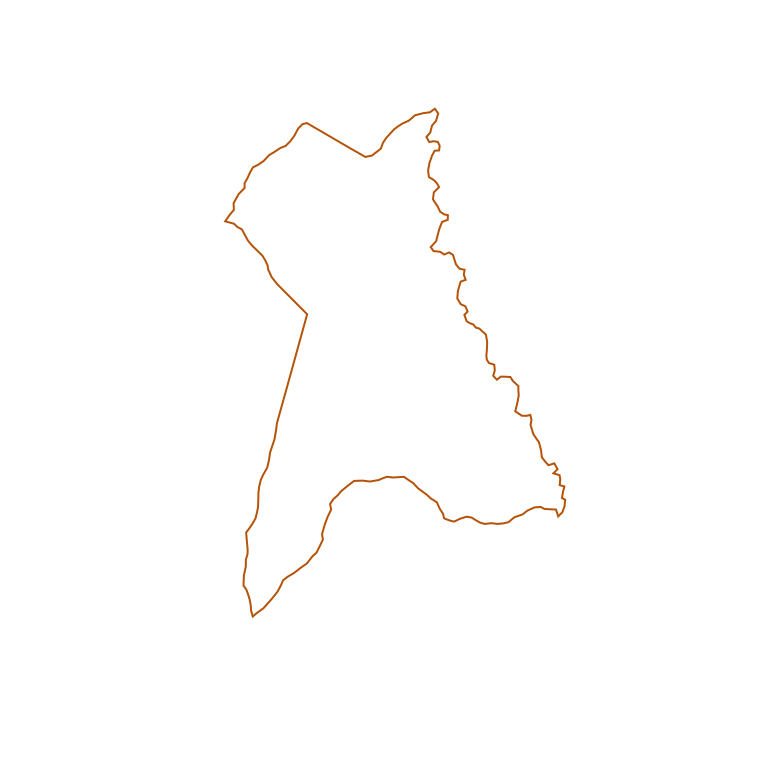 Jaguapitã, Paraná, Brazil, rotated 208°
{"feature_id": "56859067B47471443694247", "entity_name": "Jaguapitã", "entity_type": "district", "adm_level": 2, "iso_a3": "BRA", "parent_name": "Brazil", "parent_adm1": "Paraná", "projection": "equal_earth", "projection_center": [-51.575, -23.05], "detail": "fine", "context": "isolated", "style": "outline", "palette": "amber", "viewbox_px": 768, "rotation_deg": 208, "n_neighbors": 0, "source": "geoboundaries", "source_scale": "gbopen_adm2", "svg_char_len": 3070}
<svg xmlns="http://www.w3.org/2000/svg" viewBox="0 0 768 768"><g transform="rotate(208 384 384)"><path d="M360.8,514.3L364.8,517.9L366.5,522.7L371.4,521.2L376.7,523.5L380.1,526.8L383.8,530.4L388.3,530.7L391.6,526.6L396.5,527.1L402.7,524.6L407.0,526.8L405.0,534.6L406.7,541.5L408.0,547.2L408.8,554.4L404.8,558.9L406.9,563.1L410.5,562.0L415.3,562.5L419.9,565.9L427.4,570.0L430.0,576.6L427.8,583.7L431.4,586.0L435.4,587.4L441.5,587.8L445.3,593.2L447.6,600.4L448.8,608.1L448.8,613.7L445.0,616.1L446.7,620.5L450.1,623.0L454.1,621.7L457.7,618.9L462.5,622.0L461.2,627.6L462.9,634.8L461.6,640.7L463.1,648.3L468.3,650.9L471.1,645.4L476.2,641.8L479.1,639.2L482.8,635.8L485.7,628.2L490.1,622.5L492.6,617.9L494.6,613.8L496.5,606.6L497.7,601.5L498.1,596.1L497.3,590.2L501.9,580.0L507.1,575.7L528.2,576.4L574.6,578.2L578.0,575.1L579.7,569.2L579.7,561.0L580.7,554.3L582.6,548.1L586.4,543.6L589.6,537.6L592.8,532.3L595.1,524.1L598.1,518.4L601.4,513.8L601.6,508.1L601.2,501.3L601.4,495.9L599.1,491.5L601.5,483.6L601.7,473.1L598.3,467.2L599.7,460.5L600.6,453.1L591.6,455.1L587.2,453.8L582.1,453.8L577.1,450.5L571.7,446.9L565.6,444.3L557.6,442.0L551.1,440.0L546.2,436.9L542.5,434.1L540.0,430.7L533.3,425.6L525.1,422.0L484.6,409.5L468.5,337.2L460.1,299.0L458.0,293.6L454.8,284.1L453.4,275.9L452.5,270.3L449.8,262.8L447.8,254.9L448.1,247.2L447.7,241.3L446.0,234.6L443.8,229.0L440.5,222.5L437.3,215.9L435.8,210.7L434.4,205.3L434.5,199.5L435.0,194.5L436.0,188.1L427.0,174.3L424.7,169.9L423.4,163.8L420.3,157.9L417.8,149.1L413.4,140.0L409.2,138.0L404.5,133.8L401.6,130.8L397.9,126.2L394.7,121.2L390.7,117.1L388.9,121.8L385.1,129.5L381.9,143.0L380.5,150.9L380.5,158.1L381.0,163.2L378.6,168.6L374.9,174.5L371.0,183.2L367.8,189.4L366.2,198.7L364.4,203.3L364.6,210.2L364.9,217.9L368.2,222.3L370.4,232.5L371.4,240.5L371.7,248.2L375.3,252.8L374.6,258.7L372.5,264.3L371.7,268.8L367.9,277.9L364.9,284.4L357.2,288.8L350.6,291.3L343.6,296.7L340.9,300.1L337.9,303.4L332.1,305.7L322.8,311.4L316.4,310.6L312.0,310.3L304.6,307.8L300.0,307.2L293.8,306.2L288.9,304.9L281.8,304.4L276.2,300.0L271.1,297.2L267.8,293.6L262.5,294.2L257.5,295.4L253.7,300.6L248.7,305.7L243.9,307.2L239.5,306.9L234.0,306.7L229.2,307.8L224.1,311.4L218.0,313.8L213.3,316.9L209.2,320.5L206.3,327.6L200.5,333.8L198.0,339.4L193.3,345.6L187.9,349.0L183.7,349.0L177.6,351.8L173.2,353.9L168.0,348.9L166.3,354.6L167.2,360.8L169.7,366.9L173.4,366.9L175.3,372.8L176.6,378.2L181.4,377.2L183.6,382.6L186.2,385.9L192.5,384.7L190.8,390.3L196.4,393.9L200.6,389.5L204.9,391.0L210.2,393.4L214.3,399.3L219.9,405.4L223.7,407.2L228.8,410.0L235.4,416.7L236.9,421.5L240.3,425.4L243.2,422.8L247.4,420.7L255.3,421.5L257.6,430.7L259.7,437.2L262.3,441.3L264.4,445.3L271.7,447.2L275.7,449.5L279.2,447.9L284.3,445.4L286.3,440.8L291.4,442.5L292.5,447.9L295.7,452.8L301.2,451.8L304.7,453.8L307.1,457.4L309.2,462.5L312.6,469.5L317.3,475.6L321.8,476.6L325.8,477.7L329.6,476.9L332.9,478.5L336.9,478.0L340.5,478.2L345.5,482.8L344.2,487.2L348.6,490.8L353.7,490.5L359.4,493.9L362.5,501.0L364.4,510.4L360.8,514.3Z" fill="none" stroke="#b45309" stroke-width="2"/></g></svg>